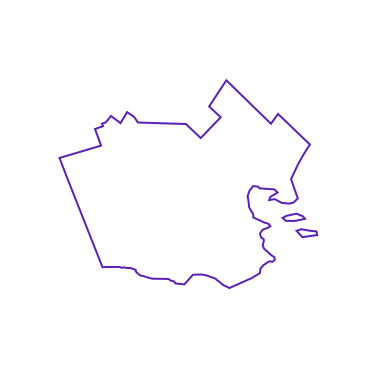 Jefferson, New York, United States of America, rotated 219°
{"feature_id": "52423323B83261755629665", "entity_name": "Jefferson", "entity_type": "district", "adm_level": 2, "iso_a3": "USA", "parent_name": "United States of America", "parent_adm1": "New York", "projection": "natural_earth1", "projection_center": [-76.104, 44.036], "detail": "fine", "context": "isolated", "style": "outline", "palette": "violet", "viewbox_px": 384, "rotation_deg": 219, "n_neighbors": 0, "source": "geoboundaries", "source_scale": "gbopen_adm2", "svg_char_len": 1439}
<svg xmlns="http://www.w3.org/2000/svg" viewBox="0 0 384 384"><g transform="rotate(219 192 192)"><path d="M316.4,135.1L300.7,126.0L214.2,77.2L211.4,79.8L201.2,88.1L198.9,88.9L197.1,90.8L194.6,92.1L192.1,94.1L187.0,96.0L186.3,95.8L185.9,95.0L185.1,94.8L184.0,94.6L179.4,94.6L177.6,95.7L168.5,99.5L155.7,109.5L152.1,110.0L150.6,111.0L148.5,111.1L147.4,110.5L139.8,115.4L139.2,128.3L132.5,134.0L128.7,136.1L119.1,139.5L118.1,139.3L109.0,139.4L102.5,140.9L92.7,160.2L91.9,161.5L88.2,171.7L90.6,175.7L90.4,180.4L88.3,186.8L85.5,188.4L85.0,191.4L87.0,193.2L90.4,192.8L100.4,193.3L103.7,195.2L105.2,198.9L106.5,200.4L110.1,200.2L113.1,202.7L113.3,207.1L110.7,211.7L109.6,214.8L112.5,215.4L116.8,213.7L128.4,210.8L130.3,213.1L137.8,216.0L143.3,221.4L146.0,223.5L148.1,229.1L148.2,233.2L148.3,235.0L143.8,237.9L141.9,237.3L129.6,245.9L125.2,245.5L128.1,237.3L126.9,234.3L123.3,238.5L115.4,240.0L109.0,244.3L106.4,247.8L105.8,253.6L121.6,263.4L123.1,264.3L127.0,280.1L128.9,291.0L130.2,303.1L174.3,306.8L173.6,294.7L235.6,300.4L232.5,269.3L216.7,268.1L219.2,239.4L239.5,241.0L277.7,212.0L284.2,213.9L292.7,213.2L290.9,200.5L302.8,200.1L302.8,191.8L304.9,188.5L302.6,187.1L307.0,179.9L291.9,170.9L294.9,166.4L316.4,135.1ZM87.3,242.2L90.5,242.9L97.1,241.0L103.7,232.7L105.3,228.8L100.8,228.7L94.0,234.1L87.3,242.2ZM67.6,237.3L70.5,239.7L75.8,236.2L83.7,231.8L86.3,227.7L77.9,226.3L67.6,237.3Z" fill="none" stroke="#5b21b6" stroke-width="2"/></g></svg>